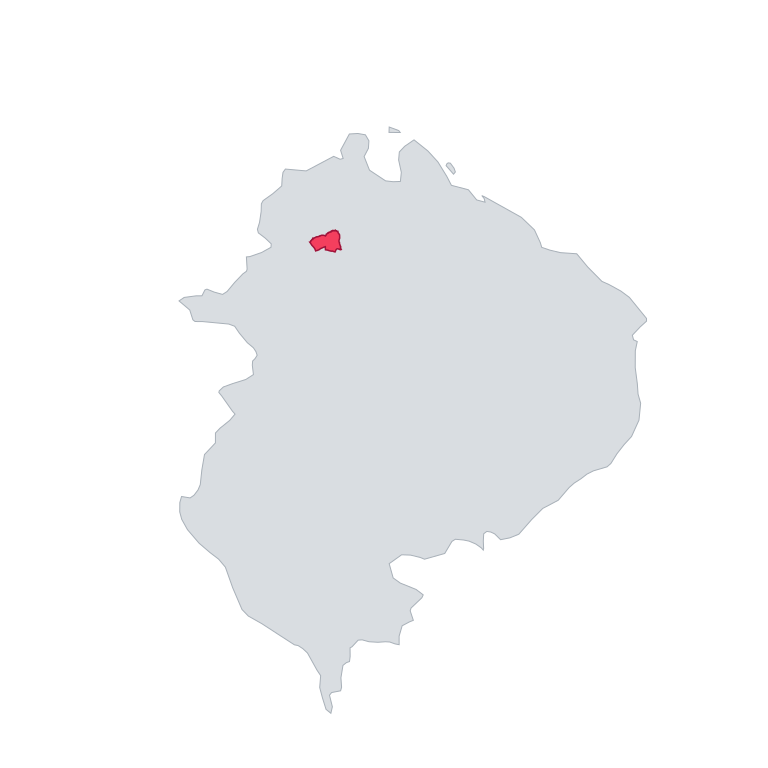 Basedth, Kâmpóng Spœ, Cambodia (highlighted), rotated 143°
{"feature_id": "14789045B19080448821327", "entity_name": "Basedth", "entity_type": "district", "adm_level": 2, "iso_a3": "KHM", "parent_name": "Cambodia", "parent_adm1": "Kâmpóng Spœ", "projection": "robinson", "projection_center": [104.498, 11.199], "detail": "fine", "context": "in_parent", "style": "filled", "palette": "rose", "viewbox_px": 768, "rotation_deg": 143, "n_neighbors": 0, "source": "geoboundaries", "source_scale": "gbopen_adm2", "svg_char_len": 6607}
<svg xmlns="http://www.w3.org/2000/svg" viewBox="0 0 768 768"><g transform="rotate(143 384 384)"><path d="M624.6,153.0L626.1,159.0L622.1,170.2L618.0,180.3L610.1,189.2L609.7,195.8L607.0,215.3L608.1,221.5L610.0,226.8L612.5,229.6L619.5,248.7L625.8,266.1L632.0,280.3L633.1,289.4L627.5,312.2L620.9,333.2L621.5,343.7L624.4,354.1L627.5,368.1L628.6,386.0L627.0,397.6L624.1,404.8L618.4,412.2L613.4,416.0L607.4,409.7L602.7,409.5L596.3,411.3L591.3,414.2L581.1,425.1L569.8,435.7L554.1,438.4L548.1,446.3L541.5,447.4L529.1,447.8L521.1,449.6L521.4,453.5L520.8,472.2L521.0,476.6L519.7,477.7L514.1,478.3L504.6,475.4L491.7,470.8L482.6,470.1L477.9,478.2L475.1,481.4L471.6,481.9L468.0,483.3L466.8,486.9L466.5,491.5L468.3,499.2L468.9,511.6L468.5,520.0L471.9,525.3L491.5,543.2L497.3,547.6L498.0,550.3L494.6,560.0L497.7,573.7L491.5,573.4L481.2,567.6L476.3,564.0L470.4,566.9L468.3,566.3L464.3,559.6L459.0,552.7L453.6,552.3L442.1,555.0L430.4,556.9L426.0,556.8L424.2,558.1L417.4,568.3L414.5,566.5L402.7,562.7L392.0,561.2L389.7,563.8L391.1,572.1L393.4,580.3L392.0,583.7L386.1,588.0L378.3,595.7L373.5,601.7L370.2,603.2L358.3,602.9L346.5,603.7L341.7,609.4L337.3,613.8L333.4,615.0L317.9,601.0L287.2,596.1L283.8,589.9L280.9,588.7L278.0,596.8L261.2,604.5L254.1,599.8L248.9,594.2L249.7,587.3L254.6,581.6L263.0,577.6L266.9,563.5L260.5,545.3L254.9,540.0L249.0,535.9L242.8,542.6L237.5,554.1L232.1,560.1L224.4,561.4L213.1,560.9L208.7,543.7L207.3,528.9L208.9,512.1L210.6,502.1L199.7,488.3L199.2,475.2L193.9,468.4L192.4,471.8L192.5,475.6L191.0,472.9L174.0,434.4L171.1,416.5L174.1,402.8L175.8,398.2L170.9,391.0L164.0,382.7L151.7,372.0L150.9,354.9L148.2,334.8L144.5,328.1L138.9,315.7L135.9,305.5L134.9,278.4L136.5,276.2L145.2,275.4L156.3,273.5L158.1,269.1L156.2,265.5L163.3,259.3L173.5,245.9L181.5,231.8L187.2,223.0L190.6,214.2L202.1,201.7L217.9,193.1L228.7,191.1L239.9,188.1L250.6,184.0L255.7,183.6L269.0,188.6L276.2,189.9L283.8,189.8L291.6,190.4L298.4,189.9L314.8,186.3L332.1,189.1L347.5,186.9L366.7,182.9L376.1,185.4L384.6,189.5L385.8,197.7L387.8,201.5L390.6,204.4L394.5,204.4L399.3,198.7L403.4,192.7L404.7,191.6L404.9,194.5L407.0,201.0L410.6,207.3L414.3,211.5L420.5,217.1L424.5,217.4L437.5,212.1L457.1,219.7L459.4,223.6L465.8,231.4L472.7,237.0L488.0,237.4L493.4,223.6L490.8,215.2L482.0,200.6L479.6,192.0L482.4,190.5L497.2,188.8L499.6,187.1L502.8,177.6L506.8,178.7L515.0,180.0L523.7,173.5L528.8,166.7L531.6,169.8L534.7,174.5L538.0,177.3L544.3,181.4L551.1,187.2L555.4,192.8L558.8,195.0L567.6,193.4L569.9,193.7L575.0,186.8L578.6,183.1L581.6,184.1L586.1,184.0L595.2,175.3L600.4,167.3L603.3,165.1L611.5,169.1L614.8,168.3L619.5,157.3L624.6,153.0ZM203.0,521.0L201.3,522.0L199.7,522.0L198.1,520.4L198.2,514.2L199.4,510.4L202.2,509.7L203.0,521.0ZM228.6,581.9L225.2,586.1L219.7,577.5L219.7,575.1L228.6,581.9Z" fill="#d9dde1" stroke="#a8b0b8" stroke-width="1"/><path d="M343.6,518.9L343.3,519.1L342.9,519.3L342.7,519.4L342.4,519.6L341.9,519.9L341.4,520.1L341.0,520.2L340.6,520.2L340.3,520.2L340.0,520.2L339.8,520.0L339.5,519.7L339.3,519.4L339.0,519.2L338.9,518.9L338.7,518.5L338.5,518.4L338.4,518.4L338.3,518.2L338.3,517.8L338.2,517.7L337.9,517.5L337.8,517.3L337.5,517.2L337.3,517.2L337.1,517.2L337.1,517.4L337.1,517.9L337.0,518.2L336.9,518.5L336.9,518.8L336.6,518.9L336.5,519.0L336.4,519.4L336.2,519.5L336.1,519.8L335.9,519.9L335.8,520.0L335.9,520.3L335.8,520.6L335.7,520.9L335.7,521.1L335.6,521.3L335.5,521.5L335.4,521.7L335.4,521.9L335.3,522.0L335.3,522.3L335.2,522.6L335.1,522.8L334.9,523.0L334.8,523.3L334.7,523.4L334.6,523.5L334.4,523.8L334.5,523.9L334.5,524.1L334.4,524.2L334.4,524.3L334.3,524.5L334.2,524.8L334.1,525.0L333.9,525.3L333.7,525.5L333.4,525.8L333.1,526.1L332.9,526.2L332.7,526.4L332.5,526.5L332.3,526.7L331.8,527.0L331.7,527.2L331.5,527.3L331.4,527.5L331.0,528.0L330.6,528.6L329.9,529.6L329.8,529.8L329.7,530.0L329.6,530.3L329.7,530.5L329.7,530.8L329.6,531.0L329.6,531.3L329.6,531.5L329.6,531.8L329.7,532.0L329.6,532.3L329.5,532.6L329.4,532.8L329.3,533.0L329.3,533.3L329.3,533.5L329.5,533.8L329.5,534.0L329.4,534.0L329.5,534.1L329.7,534.3L329.6,534.5L329.6,534.8L329.7,535.0L329.8,535.1L330.0,535.2L330.0,535.3L330.3,535.6L330.3,535.9L330.5,535.8L330.7,535.7L330.8,535.8L331.0,536.0L331.2,536.3L331.4,536.3L331.4,536.5L331.5,536.5L331.7,536.8L331.8,536.9L332.0,536.9L332.0,537.0L332.3,537.2L332.4,537.3L332.5,537.3L332.6,537.5L332.9,537.4L333.0,537.3L333.1,537.5L333.4,537.6L333.5,537.7L333.6,537.8L333.8,537.8L334.0,537.9L334.2,537.7L334.3,537.7L334.4,537.4L334.4,537.5L334.5,537.5L334.6,537.4L334.8,537.5L334.9,537.4L335.0,537.4L335.2,537.5L335.3,537.7L335.4,537.8L335.5,537.9L335.8,537.8L336.0,537.9L336.1,538.0L336.3,538.2L336.5,538.3L336.8,538.2L336.8,538.3L337.0,538.3L337.0,538.2L337.3,538.1L337.5,538.2L337.7,538.3L337.7,538.2L337.8,538.2L337.9,538.3L338.0,538.2L338.2,538.3L338.4,538.3L338.4,538.2L338.5,538.2L338.7,538.3L338.8,538.3L339.1,538.3L339.4,538.3L339.5,538.3L339.8,538.2L339.9,538.3L340.0,538.2L340.3,538.1L340.5,538.0L340.7,537.9L340.8,537.7L341.0,537.6L341.6,537.5L341.8,537.5L341.9,537.8L341.9,538.0L342.0,538.2L342.1,538.3L342.3,538.6L342.5,538.8L342.7,539.0L342.9,539.2L343.0,539.3L343.1,539.5L343.4,539.6L343.5,539.7L343.7,539.8L343.8,539.9L343.9,540.0L344.0,540.2L344.3,540.3L344.7,540.4L345.0,540.5L345.5,540.6L345.6,540.8L345.8,540.9L346.0,540.9L346.3,540.8L346.4,541.0L346.6,541.0L346.9,541.1L347.1,541.1L347.3,541.1L347.6,541.2L347.8,541.3L348.0,541.4L348.3,541.5L348.5,541.6L348.8,541.8L349.0,542.0L349.3,542.1L349.5,542.2L349.9,542.2L350.0,542.3L350.4,542.4L350.8,542.4L351.1,542.4L351.3,542.5L351.6,542.6L351.9,542.6L352.0,542.6L352.3,542.6L352.4,542.9L352.5,543.0L352.9,543.2L353.1,543.2L353.2,543.3L353.3,543.2L353.5,543.1L353.7,542.7L353.8,542.7L353.9,542.4L354.2,542.6L354.3,542.7L354.6,542.6L354.9,542.7L355.0,542.7L355.3,542.5L355.5,542.4L355.9,542.4L356.0,542.4L356.4,542.4L356.5,542.3L356.7,542.2L356.8,542.1L356.9,541.8L357.0,541.8L357.3,541.8L357.5,541.8L357.9,542.0L357.9,541.2L358.0,540.0L358.0,539.2L358.1,538.3L358.1,537.9L358.0,537.5L357.9,536.3L357.8,534.9L357.8,534.4L357.9,533.8L357.9,533.4L358.0,533.1L358.3,532.2L358.3,531.9L358.4,531.4L358.2,531.4L356.9,530.8L355.8,530.5L355.1,530.3L354.6,530.3L354.1,530.3L353.5,530.3L353.4,530.3L353.2,530.3L352.7,530.2L352.3,530.1L351.7,529.9L351.1,529.8L350.2,529.6L349.9,529.6L349.4,529.3L349.0,529.3L348.8,529.2L348.4,529.1L348.2,529.0L348.8,528.2L349.3,527.5L350.0,526.4L348.5,524.9L348.4,524.7L348.2,524.5L347.9,524.0L347.5,523.4L346.9,522.7L346.6,522.3L346.5,522.2L346.2,521.8L345.4,521.4L345.3,521.2L344.9,520.8L344.5,520.1L344.2,519.6L343.8,519.2L343.7,519.0L343.6,518.9Z" fill="#f43f5e" stroke="#9f1239" stroke-width="1.5"/></g></svg>